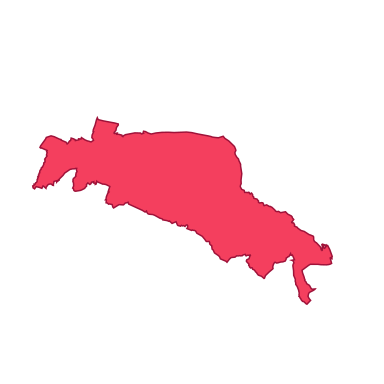 Valeni-Dambovita, Dâmbovita, Romania (Mercator projection), rotated 295°
{"feature_id": "2599482B82900556797073", "entity_name": "Valeni-Dambovita", "entity_type": "district", "adm_level": 2, "iso_a3": "ROU", "parent_name": "Romania", "parent_adm1": "Dâmbovita", "projection": "mercator", "projection_center": [25.163, 45.163], "detail": "fine", "context": "isolated", "style": "filled", "palette": "rose", "viewbox_px": 384, "rotation_deg": 295, "n_neighbors": 0, "source": "geoboundaries", "source_scale": "gbopen_adm2", "svg_char_len": 6015}
<svg xmlns="http://www.w3.org/2000/svg" viewBox="0 0 384 384"><g transform="rotate(295 192 192)"><path d="M211.0,278.6L210.1,277.3L210.0,275.7L210.7,274.7L211.9,271.0L212.0,269.0L211.6,268.2L211.9,265.1L210.1,263.1L210.5,262.4L211.1,262.1L212.1,260.8L211.8,259.6L210.6,257.9L210.7,256.7L212.0,256.1L212.2,255.3L212.9,254.3L213.0,253.7L212.4,250.8L213.0,250.2L213.5,250.1L214.0,248.7L215.3,248.0L216.2,246.4L214.8,245.6L215.1,245.2L215.0,244.7L215.5,244.5L215.8,243.6L214.9,242.5L214.7,241.7L213.9,239.9L215.5,238.6L215.4,235.9L217.2,233.5L218.9,233.0L220.2,233.1L223.5,231.4L229.6,229.4L236.0,225.1L237.7,224.3L240.2,221.3L241.6,220.1L242.4,218.0L244.2,215.4L245.8,214.2L248.2,214.2L249.2,213.4L251.2,211.2L253.8,203.8L254.5,199.1L255.7,196.7L252.3,193.0L251.1,189.6L250.4,187.3L250.3,185.8L249.7,183.0L247.1,172.9L245.7,166.6L244.0,161.7L238.3,150.6L236.1,145.2L233.2,139.3L230.2,134.3L227.3,130.5L226.9,127.2L227.1,124.3L226.6,122.4L225.2,122.6L224.8,123.3L223.4,121.9L223.3,121.4L223.7,120.5L221.4,115.2L215.8,107.4L213.8,106.0L213.0,106.0L213.0,105.2L213.9,104.4L213.3,101.1L212.5,99.4L213.8,99.3L212.2,97.0L212.3,96.6L213.1,96.3L215.7,97.0L218.6,96.3L221.6,96.9L222.5,96.4L221.9,93.0L219.0,81.7L218.1,77.1L218.0,76.3L219.3,74.8L217.1,74.9L211.7,75.9L206.9,76.2L204.9,76.8L205.0,77.4L201.4,77.4L198.9,78.3L198.3,79.7L197.2,80.9L194.9,79.5L194.6,78.9L194.5,77.3L194.1,75.6L194.0,73.0L194.6,68.8L193.1,69.0L192.3,66.8L191.5,67.4L189.5,64.8L190.0,64.7L189.8,63.5L190.1,63.4L190.1,62.0L189.8,59.7L187.5,60.2L186.7,59.8L186.6,59.5L183.8,59.0L182.8,58.5L183.9,56.9L183.7,51.5L184.2,51.2L183.9,49.7L183.9,43.8L183.3,40.5L179.9,36.9L178.1,36.9L169.8,35.3L168.1,35.4L167.9,36.5L168.3,36.6L168.4,43.2L167.0,43.2L166.7,44.0L163.9,44.5L163.4,45.4L159.5,44.6L159.1,45.3L158.2,45.4L157.2,46.1L155.9,45.4L155.3,45.5L154.9,45.9L152.9,46.0L151.6,45.7L151.2,46.0L150.0,45.2L148.5,45.7L148.1,45.3L146.7,45.2L145.0,45.9L144.5,45.5L142.3,46.0L142.2,45.8L141.4,46.3L140.7,45.8L140.0,46.5L139.3,46.2L138.5,46.7L137.8,46.4L136.3,47.1L134.9,47.0L134.2,46.4L133.0,46.5L132.3,46.3L132.4,45.6L130.9,45.9L130.2,45.1L128.6,46.2L128.3,48.0L131.0,48.5L131.6,51.4L131.9,54.4L134.5,54.4L134.6,54.8L133.6,58.1L134.7,57.8L137.7,58.4L138.4,58.8L139.4,60.2L139.7,61.4L139.2,62.7L139.4,63.6L140.4,63.1L143.3,62.5L145.1,64.7L143.9,65.2L144.6,65.4L145.0,65.9L146.0,65.8L146.5,66.5L147.0,66.0L147.4,66.4L148.1,66.4L152.6,68.1L155.3,68.6L160.9,71.9L162.5,74.0L163.4,75.8L164.1,76.4L164.6,77.5L163.5,77.7L161.8,79.2L160.5,78.9L157.8,79.6L157.4,80.1L155.1,79.4L154.3,78.8L152.5,79.0L151.9,79.6L151.2,79.6L150.1,80.8L147.4,82.2L145.1,82.2L144.9,83.1L143.6,84.2L143.3,85.0L143.4,85.9L144.0,86.9L146.2,90.1L147.2,91.1L149.9,93.2L151.3,93.4L152.7,94.0L154.1,93.2L156.2,93.8L155.6,96.2L156.8,96.9L158.4,96.8L159.8,98.5L158.7,98.7L158.6,99.4L159.1,100.5L158.0,101.1L158.8,101.8L161.5,101.2L161.2,101.9L161.4,107.8L161.9,108.8L162.4,111.0L162.3,115.2L156.7,115.9L156.8,116.7L155.2,116.2L151.5,116.4L149.1,117.1L148.4,116.9L148.7,117.7L145.9,118.7L146.2,119.9L145.7,121.6L146.3,122.3L146.9,124.9L144.9,126.6L144.4,127.7L149.7,131.2L151.3,135.2L151.7,135.5L153.8,136.2L154.8,137.6L155.7,138.4L154.3,139.7L154.4,154.7L154.0,158.0L155.5,158.8L154.5,159.7L153.7,161.1L153.7,162.4L155.0,166.0L155.1,168.3L154.7,174.1L155.0,176.1L154.8,177.1L154.4,177.3L155.5,181.4L155.7,183.6L156.2,183.9L155.1,187.2L158.3,190.1L155.9,192.8L155.7,193.5L156.2,196.1L156.9,196.2L157.4,196.6L157.2,197.6L158.0,198.5L157.8,200.2L159.2,200.5L160.1,201.3L159.8,202.2L158.1,203.0L156.7,202.8L157.0,207.9L157.7,208.3L157.8,209.4L158.2,210.3L158.2,211.7L156.7,213.8L156.2,220.0L154.5,223.6L153.3,225.6L153.3,226.2L154.4,228.5L153.9,229.2L152.4,230.0L151.8,231.4L151.8,232.4L148.7,234.4L148.4,235.7L146.3,238.1L145.5,243.0L144.9,244.4L143.4,246.0L143.6,252.1L143.1,253.4L147.0,254.3L148.8,255.0L149.4,255.6L151.1,258.5L153.1,259.5L153.5,260.8L154.4,262.0L154.6,262.9L155.5,264.5L156.7,265.0L158.0,266.7L157.0,267.7L157.0,268.1L158.3,269.2L158.6,270.2L159.5,271.4L159.1,271.8L158.2,271.5L155.7,271.9L153.8,270.3L152.4,270.4L151.9,271.0L150.7,274.1L149.5,274.4L149.0,275.5L148.4,275.8L147.9,277.2L148.7,278.3L148.6,278.7L147.6,279.7L147.7,281.0L147.4,282.1L146.5,283.3L146.3,284.5L145.7,285.2L144.7,287.2L145.0,290.6L144.1,293.8L144.5,294.1L147.3,293.9L152.1,295.7L156.4,297.7L157.1,297.7L158.0,296.9L159.8,296.5L161.8,296.4L163.2,296.7L163.5,297.2L163.3,298.5L164.0,299.7L165.9,301.8L167.1,303.9L168.9,305.7L170.9,305.7L172.0,305.3L172.9,306.0L173.7,306.2L174.4,307.1L177.8,307.4L176.5,308.4L176.5,308.8L177.3,309.4L176.9,310.1L173.9,313.5L172.3,311.3L172.4,312.4L171.9,313.3L170.8,314.3L169.3,314.2L167.8,314.6L163.6,317.3L159.4,319.4L156.6,322.5L154.7,323.3L153.5,324.4L152.1,325.1L150.8,327.3L148.2,330.0L145.7,331.9L144.1,332.4L143.3,333.0L142.6,333.0L142.5,333.8L141.6,334.8L140.9,336.2L140.5,336.4L139.6,338.4L139.9,339.7L138.9,342.7L138.9,343.6L143.9,345.3L145.0,343.0L146.5,341.2L149.3,340.6L150.7,340.9L154.0,343.5L155.7,344.5L156.2,344.6L154.7,342.0L154.9,340.8L157.0,337.9L157.4,334.7L158.7,333.3L159.4,331.6L160.3,331.4L161.3,330.2L162.0,329.8L165.4,326.4L167.6,324.8L174.7,328.6L176.5,329.8L179.7,336.8L180.6,339.6L182.8,344.6L184.1,346.7L185.2,347.9L186.3,348.7L190.6,345.1L190.9,345.3L190.7,347.0L191.7,346.6L192.0,346.0L192.9,346.3L198.1,341.1L200.8,337.6L200.7,337.3L200.8,337.1L200.3,336.1L200.7,335.8L200.3,335.5L199.6,335.7L199.4,336.3L199.2,336.1L198.7,336.4L197.5,336.2L196.9,335.8L197.0,335.1L197.4,334.8L198.8,334.2L200.1,334.2L200.0,333.2L199.5,332.7L199.9,332.7L199.9,332.3L199.3,331.9L197.8,333.2L194.3,334.7L194.0,334.5L194.4,333.9L194.2,334.0L194.2,333.6L196.2,332.0L196.6,331.2L198.6,326.2L198.6,325.3L199.1,323.7L200.1,322.5L202.7,321.2L203.2,320.5L203.1,317.7L202.9,316.1L203.7,310.4L203.2,307.0L203.9,303.3L204.5,302.2L204.4,299.3L205.7,298.8L206.9,297.2L206.4,295.8L206.5,295.3L207.2,295.1L207.8,295.4L210.1,295.8L210.9,294.0L211.9,293.1L212.3,292.0L212.4,288.1L213.6,285.1L210.7,281.0L211.0,278.6Z" fill="#f43f5e" stroke="#9f1239" stroke-width="1.5"/></g></svg>